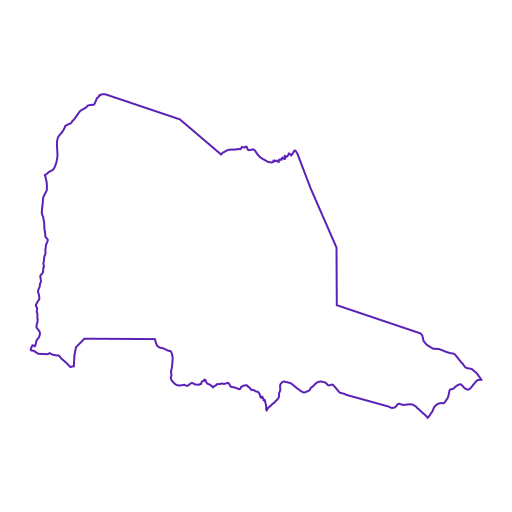 the district of Yorito, Yoro, Honduras
{"feature_id": "27666195B19722524554409", "entity_name": "Yorito", "entity_type": "district", "adm_level": 2, "iso_a3": "HND", "parent_name": "Honduras", "parent_adm1": "Yoro", "projection": "equal_earth", "projection_center": [-87.306, 15.078], "detail": "fine", "context": "isolated", "style": "outline", "palette": "violet", "viewbox_px": 512, "rotation_deg": 0, "n_neighbors": 0, "source": "geoboundaries", "source_scale": "gbopen_adm2", "svg_char_len": 5938}
<svg xmlns="http://www.w3.org/2000/svg" viewBox="0 0 512 512"><path d="M481.3,379.7L478.7,375.9L476.9,373.5L476.0,372.6L473.1,370.2L472.4,369.4L472.0,369.2L470.7,368.8L466.5,368.0L465.6,367.5L463.9,365.6L462.6,363.5L461.9,363.0L461.4,362.5L455.5,355.1L454.5,354.1L453.3,353.6L450.6,353.2L446.5,352.0L439.0,349.0L433.0,348.7L427.0,345.0L425.9,343.9L423.6,341.1L422.3,335.5L421.1,334.1L420.2,333.3L336.8,305.2L336.5,247.6L310.4,187.8L297.5,153.9L295.7,151.0L295.3,150.7L294.7,150.5L294.2,150.9L293.7,151.6L293.1,153.1L292.7,153.7L292.1,153.8L291.7,154.7L291.2,155.4L289.3,153.6L289.0,153.4L288.7,153.6L288.5,154.5L287.9,155.5L286.7,156.8L286.4,156.8L285.0,155.9L284.8,155.9L284.6,156.4L285.1,158.5L284.8,158.9L284.0,158.9L282.4,157.7L281.5,158.8L281.5,159.2L281.6,159.6L281.5,159.8L281.2,159.9L280.0,159.6L279.4,159.6L278.9,159.9L278.8,160.2L278.8,161.6L278.7,161.9L278.1,161.8L276.5,160.7L275.8,160.8L275.2,161.2L274.9,161.3L274.1,160.4L273.7,160.5L273.4,160.8L273.2,161.8L272.9,162.1L271.9,162.5L268.3,162.0L262.3,158.7L260.4,157.4L258.9,156.0L257.1,153.8L254.9,150.5L254.3,150.0L253.5,149.5L252.7,149.4L249.9,150.1L249.1,150.2L248.5,150.1L247.7,149.4L246.8,147.1L246.5,146.7L246.2,146.5L245.4,146.8L244.6,147.5L241.9,147.0L240.5,149.2L237.9,149.0L235.7,149.6L230.7,149.6L228.2,149.9L226.7,150.6L224.6,151.8L222.9,152.6L221.9,153.5L221.1,154.5L179.9,119.4L105.4,94.3L102.9,94.2L101.2,94.5L100.3,95.3L99.7,95.0L98.1,97.4L97.0,98.0L94.8,103.4L94.2,104.4L93.5,104.7L89.8,105.1L88.1,105.5L87.2,106.1L86.4,107.3L81.0,110.4L80.1,111.1L79.0,112.4L75.4,117.7L73.8,119.8L72.4,121.0L71.7,122.2L70.9,123.1L70.2,123.6L68.1,124.4L65.2,126.0L64.8,127.4L63.5,130.0L62.1,132.1L59.2,135.5L58.0,137.4L57.2,140.4L57.0,142.0L56.9,144.3L57.5,155.0L57.4,156.5L57.0,159.2L56.3,162.8L55.2,165.9L54.0,168.4L53.0,169.8L48.9,172.0L46.2,174.3L45.1,174.8L44.9,175.2L44.9,175.6L45.4,176.6L45.9,178.9L46.6,181.8L46.9,185.6L46.9,189.2L46.7,190.4L43.6,196.5L43.3,197.3L42.9,199.9L42.7,203.7L42.0,208.8L41.8,213.2L42.4,215.3L43.2,216.9L43.6,219.9L44.0,221.7L44.2,223.4L44.4,228.9L45.0,231.7L45.3,236.3L45.7,237.1L47.6,239.4L47.8,240.3L47.3,241.8L46.2,244.4L45.8,246.2L45.7,247.8L45.4,249.3L45.3,250.2L45.5,251.8L45.5,253.0L45.3,254.2L44.5,256.0L44.1,257.7L44.0,260.1L43.4,263.5L43.4,264.1L43.9,265.8L44.0,266.8L43.8,267.1L43.5,267.4L43.4,267.6L43.0,272.0L42.6,273.1L41.1,274.7L40.6,275.4L40.3,276.0L40.3,276.8L40.6,278.0L40.7,279.5L41.0,281.3L40.5,282.9L39.8,284.3L39.9,285.6L39.7,286.5L38.4,289.8L38.0,291.0L38.1,292.0L39.0,295.0L39.3,297.4L39.3,298.8L39.0,299.7L37.9,301.2L36.1,304.5L35.8,305.4L36.1,306.3L36.8,307.2L37.1,308.1L37.1,309.1L36.8,310.8L36.8,312.0L36.9,312.5L37.3,313.2L37.4,314.0L37.4,318.5L37.8,319.7L37.4,322.0L36.6,325.3L36.4,327.1L36.6,327.6L39.5,331.5L39.9,332.8L39.9,334.1L39.5,335.7L38.9,337.3L38.4,338.1L37.3,339.2L36.5,340.6L35.7,344.2L35.1,345.9L34.8,346.2L34.5,346.3L33.9,345.7L33.4,345.5L32.8,345.3L32.4,345.4L31.4,347.3L30.7,349.3L30.8,350.0L31.2,350.4L32.0,350.6L34.1,350.9L34.7,351.3L35.4,352.0L36.8,352.8L37.9,353.6L39.1,353.9L40.8,353.9L47.1,354.2L48.4,353.9L49.6,353.1L51.7,354.3L52.9,354.7L56.3,355.4L58.7,355.5L59.5,356.2L61.3,358.6L63.8,360.6L65.7,362.4L67.0,363.4L67.8,364.5L69.1,365.7L70.3,367.0L71.0,366.9L72.8,366.3L73.8,366.4L74.5,354.6L76.0,347.2L84.4,338.7L154.9,339.1L155.2,340.4L156.6,344.7L157.2,345.7L157.8,346.4L160.0,347.7L163.2,348.3L165.0,349.1L167.3,350.3L169.0,350.9L170.3,351.0L170.8,351.4L171.3,352.3L172.2,354.6L172.7,358.4L172.0,366.9L171.0,371.6L171.0,372.2L171.3,373.7L171.3,375.5L171.3,376.2L170.8,377.3L170.8,378.4L171.1,379.4L172.1,380.9L174.2,383.3L175.9,384.6L177.4,385.3L179.4,385.5L182.3,385.2L184.3,384.8L186.4,385.8L187.2,385.9L188.5,385.3L190.5,383.5L192.0,383.0L193.4,383.4L194.6,384.3L195.0,384.4L197.3,384.7L199.0,384.7L199.5,384.6L200.2,384.0L201.0,384.1L201.6,382.1L201.9,381.7L202.2,381.4L204.1,380.7L204.2,379.7L204.6,379.6L205.3,379.9L206.5,382.6L207.3,383.6L209.8,384.6L210.6,385.4L211.4,385.7L213.0,387.4L214.4,386.0L215.3,385.7L216.3,385.1L216.7,384.3L217.0,384.2L220.3,384.0L221.9,383.5L222.6,383.6L223.6,383.9L224.5,383.9L227.8,382.9L228.3,383.0L228.8,383.4L230.4,386.1L231.1,386.8L235.2,387.6L239.0,389.2L239.7,389.1L240.2,388.8L240.6,388.3L241.0,387.1L241.5,386.7L244.4,385.4L246.8,385.3L247.4,385.7L248.0,386.6L249.4,387.5L250.5,388.7L251.2,389.9L253.6,390.0L255.2,391.1L256.5,391.6L257.7,391.8L258.5,392.3L259.3,393.5L260.0,395.3L260.4,396.9L261.0,397.7L261.2,397.8L261.6,397.7L261.8,397.4L261.8,396.9L262.0,396.7L262.4,396.9L263.3,398.9L263.6,400.3L263.9,400.4L264.1,400.0L264.4,399.9L264.6,399.9L264.8,400.1L266.1,405.7L266.3,409.6L266.5,410.4L266.6,410.5L266.8,410.4L267.0,409.4L268.8,407.2L271.4,405.1L272.6,403.7L273.9,403.1L275.3,401.4L277.5,399.3L278.5,397.9L278.8,397.2L279.1,395.8L279.0,393.5L279.8,391.5L280.3,389.6L280.1,386.5L280.2,385.0L280.5,384.2L281.2,383.3L282.0,382.4L282.7,381.9L283.5,381.6L284.5,381.6L290.4,383.1L291.7,383.9L296.4,387.8L300.1,390.5L302.6,392.1L304.2,392.5L305.5,392.2L309.2,390.5L310.1,389.4L310.9,387.6L312.5,386.7L316.3,382.9L319.1,381.7L321.2,381.5L325.5,382.6L326.5,383.5L327.4,384.8L328.4,385.3L329.2,385.4L331.3,384.8L332.4,384.6L332.7,384.6L336.4,388.7L339.3,392.2L340.2,392.8L344.5,393.9L345.0,394.1L345.6,394.6L346.1,394.8L388.8,406.6L390.1,407.4L391.6,407.9L393.5,407.8L394.8,407.4L396.5,406.0L397.6,404.3L398.8,403.8L399.8,403.9L402.3,404.8L403.0,404.9L406.6,404.7L408.3,404.3L412.3,404.4L416.1,406.6L417.3,408.1L419.3,409.7L422.5,412.8L424.4,414.3L426.3,416.1L427.7,417.8L429.6,415.6L430.8,413.5L432.1,411.9L434.1,407.4L434.7,406.5L435.6,405.5L437.0,404.4L438.9,403.5L440.2,403.1L443.4,403.3L444.0,403.0L444.7,402.3L447.2,398.7L447.9,397.5L448.6,395.1L449.4,391.1L449.7,390.1L450.0,389.6L453.2,388.8L456.7,385.7L459.3,384.5L460.4,384.3L461.0,384.4L461.5,384.8L464.8,388.4L467.4,389.6L468.4,389.6L469.3,389.1L470.9,387.8L475.3,382.2L477.2,380.4L477.9,380.0L480.5,379.9L481.3,379.7Z" fill="none" stroke="#5b21b6" stroke-width="2"/></svg>